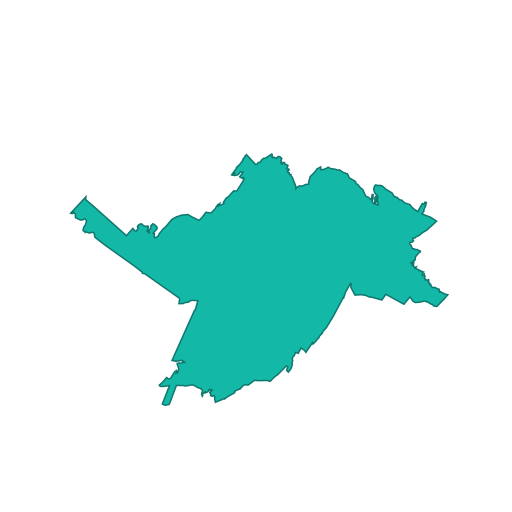 Barasti, Olt, Romania (Robinson projection), rotated 141°
{"feature_id": "2599482B95691276874704", "entity_name": "Barasti", "entity_type": "district", "adm_level": 2, "iso_a3": "ROU", "parent_name": "Romania", "parent_adm1": "Olt", "projection": "robinson", "projection_center": [24.65, 44.701], "detail": "fine", "context": "isolated", "style": "filled", "palette": "teal", "viewbox_px": 512, "rotation_deg": 141, "n_neighbors": 0, "source": "geoboundaries", "source_scale": "gbopen_adm2", "svg_char_len": 6160}
<svg xmlns="http://www.w3.org/2000/svg" viewBox="0 0 512 512"><g transform="rotate(141 256 256)"><path d="M373.1,405.9L372.3,404.7L370.6,405.3L370.1,405.0L371.1,404.3L370.0,403.4L369.9,402.5L372.2,399.4L369.8,394.4L368.0,393.2L365.6,392.7L365.4,392.0L365.6,390.1L366.0,389.6L369.0,387.6L372.1,386.6L374.2,384.9L374.4,384.1L373.5,382.7L374.0,381.8L372.8,381.6L371.1,378.7L368.3,377.5L367.6,376.3L367.6,375.3L369.4,371.9L366.5,359.5L356.9,325.0L354.6,315.2L355.2,314.2L353.5,311.9L342.0,271.0L345.9,267.5L342.5,264.8L341.0,264.7L337.6,262.7L335.0,262.5L332.9,261.2L329.3,257.8L337.4,252.2L338.0,252.5L386.8,227.8L386.2,227.5L386.3,226.5L385.3,225.8L384.5,224.3L382.1,223.5L381.6,222.9L381.9,222.2L381.5,222.7L379.7,222.1L379.9,221.8L378.7,220.1L379.3,219.9L379.2,219.5L377.6,217.5L379.2,218.9L382.3,220.3L383.1,221.5L383.8,221.4L384.8,222.1L385.3,221.8L386.1,219.1L387.4,216.5L390.5,214.6L390.6,215.1L391.3,215.2L390.1,215.7L390.0,217.2L390.7,216.9L392.1,217.3L399.3,214.7L400.3,214.8L401.4,215.8L401.9,217.8L407.8,216.7L412.5,216.5L412.7,216.0L412.2,214.7L410.9,213.5L404.8,209.7L422.0,199.9L420.4,197.0L416.7,195.3L399.3,205.5L393.9,201.0L392.9,199.5L386.9,196.1L385.6,194.6L384.0,190.1L382.6,188.4L382.1,185.6L382.5,184.7L385.1,183.1L386.0,180.8L385.2,181.0L384.8,182.1L383.3,182.6L381.1,182.2L381.6,181.6L379.7,181.0L377.4,180.9L377.0,181.6L376.0,181.4L375.7,180.7L374.5,180.2L374.6,179.2L376.3,179.5L376.9,178.9L377.9,179.0L378.2,177.0L379.1,176.1L378.3,174.5L376.4,174.0L376.5,172.9L378.1,170.9L379.6,167.9L370.1,165.0L370.2,164.6L367.4,164.6L358.7,163.2L357.8,163.8L357.8,164.2L355.8,164.0L352.2,162.7L352.0,163.1L351.3,162.8L347.5,163.4L344.7,162.4L344.2,161.4L343.3,160.6L335.3,160.3L333.2,158.1L325.5,152.1L324.0,149.7L317.5,150.4L313.8,150.1L301.9,151.5L300.9,150.0L304.2,147.9L303.9,145.4L299.7,146.4L296.0,148.8L295.2,150.2L293.2,151.7L292.9,152.7L291.2,154.3L288.9,154.5L286.0,156.2L284.5,153.8L278.9,156.1L277.7,152.3L277.9,149.7L266.6,153.1L267.1,151.7L262.2,152.2L261.9,152.6L258.4,152.9L257.6,153.7L253.0,154.3L253.1,154.7L251.0,155.3L246.5,156.0L233.4,160.7L213.5,169.1L213.6,168.7L208.8,171.7L199.8,175.2L200.0,173.8L202.0,172.0L203.7,163.3L198.9,160.0L195.7,156.6L193.4,152.3L192.3,151.6L185.9,142.6L179.2,144.5L171.4,125.4L162.1,127.3L162.5,122.2L161.5,119.6L157.8,117.1L153.3,114.9L151.4,111.7L150.1,108.1L149.2,107.2L149.5,105.6L147.3,103.0L137.2,104.1L131.3,105.2L133.0,107.3L135.1,111.8L135.0,112.2L136.0,112.3L135.9,113.6L135.1,114.1L134.6,115.1L135.5,115.9L136.8,119.2L138.6,120.2L138.9,122.7L138.2,123.3L138.5,123.9L138.2,125.0L138.6,125.2L138.3,125.9L138.6,126.5L136.7,128.9L137.0,129.3L138.5,129.2L138.8,130.7L139.4,131.1L139.0,131.6L139.2,132.3L138.6,133.0L138.7,133.6L137.3,133.9L137.2,135.5L136.6,136.1L138.9,136.2L137.8,137.6L135.9,138.2L136.6,138.9L136.6,139.6L137.4,140.1L137.4,141.3L138.0,142.2L138.5,142.1L138.4,143.3L139.8,145.8L139.0,146.0L139.9,146.1L138.5,146.6L139.2,146.8L139.4,147.4L140.0,147.4L140.0,149.2L139.5,149.6L140.3,150.1L138.7,150.8L139.3,151.0L137.9,151.4L138.1,151.9L137.3,152.2L137.9,152.8L138.4,152.3L139.4,152.2L139.9,153.1L134.5,152.8L133.6,154.3L131.8,155.2L126.9,156.0L125.8,155.8L125.2,156.2L126.9,159.8L128.2,160.8L128.4,161.8L129.5,163.0L129.7,164.0L128.7,166.8L129.1,167.9L128.6,169.2L127.7,169.8L126.1,168.5L124.0,168.7L124.1,169.4L123.0,171.1L121.2,170.0L119.9,170.2L116.6,169.3L112.3,169.4L106.5,168.6L93.7,169.4L96.0,176.4L100.6,184.2L97.0,185.3L96.4,186.3L92.0,188.6L92.0,189.2L90.1,190.0L90.0,190.4L90.7,191.5L93.1,190.7L93.8,192.1L102.4,188.7L103.9,194.0L104.2,197.1L103.9,198.8L107.1,203.8L107.6,207.7L108.8,209.0L109.4,210.9L109.3,212.6L110.0,213.2L111.1,215.9L110.6,219.5L113.0,226.0L113.7,230.4L114.7,232.4L117.9,235.0L118.0,235.9L119.8,235.8L122.2,234.1L123.3,232.4L124.0,230.1L124.0,228.3L123.4,227.8L124.0,226.3L123.7,225.8L125.3,224.5L127.6,221.2L128.5,219.0L128.8,218.8L130.1,220.1L130.4,221.0L125.4,225.1L124.7,226.1L125.4,227.0L126.6,226.7L127.9,225.6L128.2,224.6L131.2,222.1L131.5,222.6L131.7,224.9L128.2,227.7L128.3,228.0L126.3,230.0L127.0,230.6L131.0,227.1L131.7,231.0L132.6,232.4L132.9,234.1L131.2,240.5L131.9,243.3L131.9,247.7L132.8,249.1L131.9,250.7L132.1,252.1L134.1,257.6L134.1,259.2L133.6,260.4L133.3,262.5L135.4,265.6L137.0,270.6L138.7,271.5L139.4,273.1L143.4,277.5L143.7,279.2L144.6,279.8L145.9,279.7L149.6,281.0L151.3,282.3L149.7,284.5L153.9,285.3L156.6,284.4L163.9,283.6L167.9,280.8L170.0,278.7L172.3,280.3L175.0,280.9L177.2,282.1L177.9,283.1L181.0,283.7L182.6,283.2L181.0,285.7L178.5,293.5L178.2,295.5L178.5,296.9L177.5,297.3L178.6,298.5L177.8,300.0L178.6,301.7L178.0,302.2L176.3,302.0L175.8,302.5L175.9,303.2L176.9,303.8L177.1,304.9L174.6,305.8L174.2,306.5L175.7,309.6L175.1,310.3L175.3,311.1L176.2,311.6L177.9,311.0L178.3,311.7L177.9,312.8L176.7,313.4L176.6,314.6L174.6,315.5L174.9,317.9L176.0,319.4L179.0,319.1L179.8,321.5L181.3,322.0L181.4,322.5L179.5,324.7L179.6,325.3L187.1,326.1L188.5,327.1L191.1,327.1L193.8,326.2L194.9,327.1L196.2,327.2L197.1,326.7L198.7,327.2L199.6,340.8L202.3,340.4L203.0,339.8L205.2,339.5L205.6,338.8L210.4,337.5L215.5,337.1L216.2,336.4L223.9,334.4L223.4,333.6L220.5,334.2L220.4,333.9L222.5,333.4L222.6,333.0L222.0,332.0L219.7,330.8L218.5,330.5L215.1,331.1L213.3,329.2L218.9,327.8L217.8,325.2L217.2,324.7L215.6,324.6L217.3,324.0L217.1,323.3L219.1,322.3L230.4,318.5L232.2,320.7L240.7,319.4L242.5,319.8L247.1,318.4L247.8,317.9L247.7,317.1L248.4,316.9L253.3,318.4L251.1,319.6L252.5,319.7L253.5,319.2L253.5,319.9L256.7,319.0L257.2,318.5L264.0,317.7L267.4,321.5L273.7,319.9L277.8,319.5L281.0,326.3L282.8,331.0L288.1,334.6L293.3,336.5L298.4,337.4L307.5,335.6L311.0,335.5L317.5,334.1L318.6,333.3L320.5,333.1L323.2,333.7L323.0,335.0L320.9,337.2L321.6,338.4L315.8,339.4L314.8,340.6L314.8,342.7L315.7,345.9L318.6,345.7L318.8,344.9L320.2,344.0L323.6,342.8L324.3,341.3L324.6,341.8L324.6,343.1L324.9,344.0L323.4,344.3L323.2,345.1L321.9,345.5L321.7,346.3L321.0,346.8L321.3,347.5L323.1,348.3L324.3,350.5L324.7,353.0L326.0,353.8L328.5,354.0L328.7,353.3L329.8,353.3L330.1,351.8L333.3,350.7L334.2,351.4L334.3,354.9L343.9,353.4L351.1,397.6L352.8,406.7L353.1,407.0L351.0,409.0L373.1,405.9Z" fill="#14b8a6" stroke="#0f766e" stroke-width="1.5"/></g></svg>